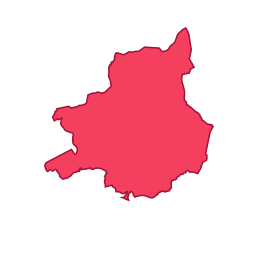 outline of Toro, Bauchi, Nigeria, rotated 68°
{"feature_id": "59680162B15165581574851", "entity_name": "Toro", "entity_type": "district", "adm_level": 2, "iso_a3": "NGA", "parent_name": "Nigeria", "parent_adm1": "Bauchi", "projection": "natural_earth1", "projection_center": [9.239, 10.35], "detail": "fine", "context": "isolated", "style": "filled", "palette": "rose", "viewbox_px": 256, "rotation_deg": 68, "n_neighbors": 0, "source": "geoboundaries", "source_scale": "gbopen_adm2", "svg_char_len": 5728}
<svg xmlns="http://www.w3.org/2000/svg" viewBox="0 0 256 256"><g transform="rotate(68 128 128)"><path d="M64.9,122.5L65.0,122.7L65.2,123.4L65.6,123.6L68.0,124.3L69.6,125.1L70.1,125.4L73.0,126.7L77.4,126.6L80.5,127.4L81.7,127.4L82.3,127.7L83.2,128.3L84.2,131.1L84.8,132.1L85.2,133.8L86.2,135.5L86.0,138.0L86.0,139.1L83.7,142.0L83.2,143.1L83.3,146.2L83.0,146.9L82.5,147.1L82.5,147.7L82.3,150.1L82.3,152.6L83.6,153.6L84.8,154.2L87.0,155.8L87.9,156.2L88.2,156.5L89.1,157.1L89.8,158.9L89.6,160.6L89.7,162.4L88.8,164.2L88.9,165.6L89.2,166.6L89.0,167.7L89.0,168.4L88.7,169.4L88.5,171.6L88.2,172.3L88.3,173.0L85.7,174.8L83.7,185.7L83.6,186.8L84.4,186.9L85.0,188.1L85.3,188.1L85.4,189.3L85.6,189.6L87.3,190.7L89.7,193.9L93.7,193.7L93.4,191.6L93.5,191.5L93.3,191.1L93.3,190.6L93.3,190.4L93.4,190.0L93.8,189.5L94.1,189.5L94.1,189.1L94.2,188.8L94.3,188.1L94.1,187.7L94.0,187.1L93.8,186.9L93.8,186.7L94.0,186.4L93.8,186.0L93.8,185.9L94.2,185.9L94.3,185.7L95.0,186.2L96.4,187.4L96.8,187.7L97.5,187.9L98.0,188.4L98.8,188.7L99.7,188.9L100.6,188.8L101.8,188.4L102.4,188.4L103.9,187.6L104.8,187.6L106.6,187.1L108.3,185.6L109.5,184.2L110.2,183.7L111.1,182.3L111.7,181.5L112.6,181.1L113.2,181.0L115.4,182.3L115.8,182.7L117.5,183.3L118.9,183.2L118.7,184.0L121.8,184.7L123.3,184.4L126.1,182.9L129.1,182.9L131.3,184.6L133.0,186.2L132.5,187.2L126.7,188.5L129.5,216.8L131.6,219.3L135.7,219.6L138.1,219.0L138.2,218.4L137.3,216.0L139.9,213.7L139.2,211.5L139.2,210.6L139.5,210.2L141.8,210.0L143.7,209.5L144.9,208.7L146.0,209.2L147.7,209.5L148.7,208.7L150.9,207.8L151.1,207.2L151.7,202.1L151.3,201.7L151.3,201.1L150.8,198.6L149.6,196.8L149.2,195.1L149.3,194.8L149.2,194.2L149.3,193.2L149.6,192.4L149.3,192.2L149.3,191.7L149.2,191.2L149.3,191.1L149.5,190.6L149.6,190.1L149.8,189.9L149.7,189.7L149.9,189.3L149.7,188.8L148.7,189.1L148.4,188.0L148.0,187.8L147.3,187.7L147.3,186.6L147.6,186.6L148.1,186.8L148.5,186.7L149.0,186.8L149.3,186.7L149.3,185.6L149.4,185.2L149.6,184.0L149.7,183.5L150.3,182.9L150.4,182.1L150.4,181.0L150.8,179.3L150.9,177.7L152.3,177.6L153.3,175.7L153.4,175.2L152.7,174.5L153.3,173.0L154.0,170.4L154.9,169.3L155.5,168.1L159.1,165.0L159.6,164.5L160.0,164.3L160.4,164.4L161.1,165.0L161.5,164.8L161.9,164.5L162.0,164.7L162.0,165.3L163.1,166.2L163.2,166.6L164.1,167.9L165.8,167.6L166.6,168.1L166.9,168.8L167.7,169.2L168.0,169.1L168.5,169.3L169.3,170.0L171.9,170.2L172.6,170.6L174.1,171.1L175.0,164.2L176.5,164.3L179.1,162.4L182.6,162.9L184.0,159.9L186.3,158.3L186.3,158.1L187.1,157.3L187.2,156.8L187.2,154.8L186.6,153.5L186.5,152.9L187.0,152.4L187.5,152.7L189.4,155.1L189.4,155.5L190.7,157.7L190.3,159.4L195.2,154.5L191.7,154.1L191.5,153.4L189.7,152.4L188.3,149.5L187.9,149.6L187.8,149.3L188.0,149.0L188.4,148.7L189.0,148.1L190.6,147.8L191.6,147.9L191.8,148.2L192.3,148.2L194.7,147.5L194.4,146.3L194.6,145.3L194.9,144.5L195.0,143.8L195.1,142.8L195.2,141.7L195.2,141.3L195.9,140.2L196.3,138.8L198.3,136.2L199.2,135.5L200.7,133.6L201.5,132.5L201.9,131.2L201.8,130.8L201.9,130.5L201.6,130.2L201.7,129.4L201.8,129.2L200.9,127.9L200.9,127.7L201.1,127.3L201.1,126.4L200.9,126.3L200.8,126.0L200.5,125.9L200.4,125.4L200.5,125.0L199.6,124.5L199.4,124.0L199.6,123.7L199.6,122.7L199.4,122.6L199.3,121.3L199.2,120.9L199.4,120.7L199.1,120.4L199.5,119.2L200.1,119.1L200.6,118.4L200.8,117.9L201.1,117.6L201.1,117.0L201.3,116.7L201.3,116.2L201.2,115.8L201.0,115.7L201.4,114.8L201.6,113.7L201.6,113.0L201.3,112.7L200.5,112.2L200.2,111.1L200.0,110.8L199.9,110.4L199.0,109.8L198.2,109.7L197.3,109.3L195.7,108.9L195.4,108.6L194.6,108.2L194.2,107.9L194.0,107.5L193.4,107.6L193.2,107.1L193.4,105.5L193.3,104.9L193.7,103.5L193.6,102.8L192.7,101.3L192.0,100.8L191.7,98.6L191.5,98.2L191.0,97.3L191.0,95.6L191.3,95.0L191.4,94.4L191.2,94.1L190.9,93.8L190.6,93.0L190.6,92.2L191.0,91.8L191.1,91.4L190.4,91.1L190.4,90.7L189.3,88.9L192.4,87.0L192.7,85.0L194.3,82.7L196.4,80.5L196.4,80.4L194.3,77.8L192.9,75.9L190.4,73.9L187.7,71.4L187.3,67.4L186.1,66.4L182.6,65.0L181.2,65.9L163.0,53.7L162.8,53.7L158.4,48.5L158.0,48.9L157.7,48.9L157.5,49.3L156.8,49.0L156.2,49.2L156.1,49.5L156.0,50.2L155.6,50.8L155.1,51.0L155.0,51.4L154.8,51.7L154.5,52.2L154.4,52.6L154.2,52.9L153.8,53.1L153.2,53.3L152.4,53.9L150.0,55.0L148.8,56.0L148.7,56.2L147.7,56.4L147.5,56.2L146.5,56.3L145.9,56.0L145.7,56.1L145.5,56.5L145.1,56.5L144.8,56.7L144.6,56.9L143.8,56.6L143.6,56.6L143.4,56.4L143.1,56.4L142.3,56.7L142.0,57.0L141.1,57.0L140.8,57.3L139.8,57.6L138.9,58.3L138.6,59.0L137.9,59.4L137.4,59.5L137.0,60.0L136.4,60.1L136.1,60.4L135.6,60.4L134.6,61.0L134.3,61.0L133.1,61.8L132.1,62.0L131.5,62.6L131.4,62.6L130.9,63.2L130.6,63.4L130.4,63.3L130.1,63.4L129.5,63.8L128.9,64.0L128.4,65.0L128.0,64.7L127.7,64.9L127.0,64.7L126.7,64.4L126.3,64.4L126.1,64.4L125.7,64.2L125.1,64.7L123.6,65.0L123.3,65.3L122.3,65.1L117.4,62.7L114.5,61.7L110.3,61.1L107.5,60.9L103.9,60.3L101.4,59.3L98.7,57.6L100.0,50.7L96.9,48.0L96.4,44.6L96.5,44.0L91.1,44.6L88.1,45.1L87.1,45.2L86.6,45.1L82.2,42.0L78.7,39.8L77.3,39.6L64.2,36.6L61.2,36.4L56.8,37.0L57.3,40.9L58.4,43.4L58.8,44.7L59.8,46.8L61.7,48.6L65.4,51.8L66.6,53.9L66.9,54.8L67.4,56.6L68.0,58.3L70.0,60.8L70.7,63.1L70.5,65.0L70.2,66.9L69.5,68.1L65.9,68.9L65.4,69.5L59.2,82.4L60.9,88.9L59.6,92.9L59.2,96.1L58.2,97.3L57.9,98.3L57.8,98.9L57.8,100.0L58.3,101.5L58.4,104.5L57.6,105.8L56.4,107.1L55.5,108.4L54.7,109.0L54.1,110.7L54.1,111.6L55.0,111.9L55.4,112.6L56.0,113.1L56.5,113.2L56.6,113.4L56.9,113.9L57.4,113.9L58.1,114.1L58.6,114.6L59.2,114.6L60.9,117.0L61.1,117.4L60.9,117.6L61.0,117.9L60.9,118.2L61.1,118.3L61.0,118.5L61.3,118.6L61.5,118.4L61.8,118.7L61.3,119.1L61.7,119.2L61.9,119.6L62.5,120.0L62.6,120.3L63.0,120.2L63.2,120.4L63.1,120.9L62.8,121.1L63.2,121.3L63.4,121.5L63.6,122.4L64.1,122.6L64.9,122.5Z" fill="#f43f5e" stroke="#9f1239" stroke-width="1.5"/></g></svg>